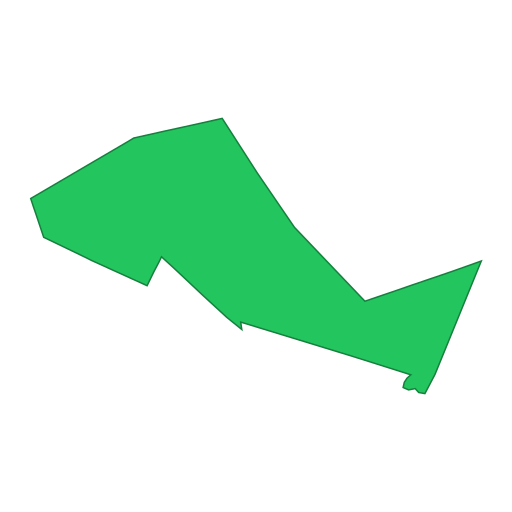 Olho d'Água das Flores, Alagoas, Brazil
{"feature_id": "56859067B45898095484445", "entity_name": "Olho d'Água das Flores", "entity_type": "district", "adm_level": 2, "iso_a3": "BRA", "parent_name": "Brazil", "parent_adm1": "Alagoas", "projection": "albers", "projection_center": [-37.25, -9.536], "detail": "fine", "context": "isolated", "style": "filled", "palette": "green", "viewbox_px": 512, "rotation_deg": 0, "n_neighbors": 0, "source": "geoboundaries", "source_scale": "gbopen_adm2", "svg_char_len": 640}
<svg xmlns="http://www.w3.org/2000/svg" viewBox="0 0 512 512"><path d="M43.7,237.3L86.7,258.0L91.4,260.4L147.1,285.7L150.3,279.1L153.9,271.7L158.8,262.4L161.5,256.8L174.5,268.7L202.9,295.4L226.8,317.4L241.8,329.5L240.7,322.1L341.9,353.1L350.8,355.8L410.8,374.8L407.0,378.2L404.3,382.3L403.1,387.5L408.6,389.9L415.2,388.6L418.7,392.5L424.9,393.6L434.9,374.6L441.7,358.0L481.3,261.0L452.1,271.4L411.6,285.2L390.2,292.6L379.9,296.1L364.9,301.2L294.5,227.4L257.3,173.0L222.2,118.4L183.5,127.0L166.0,130.8L133.8,138.0L126.5,142.4L94.2,161.3L30.7,198.5L33.5,207.0L35.6,213.1L43.7,237.3Z" fill="#22c55e" stroke="#15803d" stroke-width="1.5"/></svg>